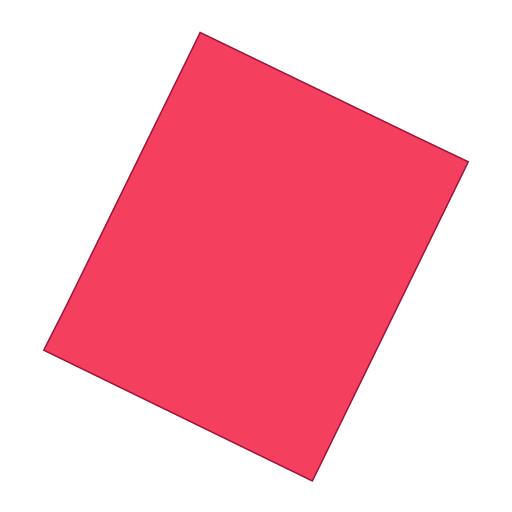 Ness, Kansas, United States of America (Albers equal-area conic projection), rotated 296°
{"feature_id": "52423323B78916796754312", "entity_name": "Ness", "entity_type": "district", "adm_level": 2, "iso_a3": "USA", "parent_name": "United States of America", "parent_adm1": "Kansas", "projection": "albers", "projection_center": [-99.868, 38.48], "detail": "fine", "context": "isolated", "style": "filled", "palette": "rose", "viewbox_px": 512, "rotation_deg": 296, "n_neighbors": 0, "source": "geoboundaries", "source_scale": "gbopen_adm2", "svg_char_len": 276}
<svg xmlns="http://www.w3.org/2000/svg" viewBox="0 0 512 512"><g transform="rotate(296 256 256)"><path d="M432.4,107.8L425.3,107.9L128.2,107.3L78.3,106.5L78.5,405.2L87.8,405.3L433.7,405.5L433.2,345.7L432.4,107.8Z" fill="#f43f5e" stroke="#9f1239" stroke-width="1.5"/></g></svg>